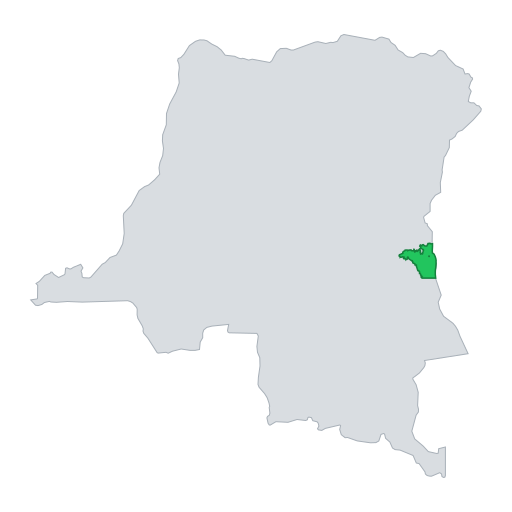 Fizi, Sud-Kivu, Democratic Republic of the Congo shown in context
{"feature_id": "63176286B21708239892428", "entity_name": "Fizi", "entity_type": "district", "adm_level": 2, "iso_a3": "COD", "parent_name": "Democratic Republic of the Congo", "parent_adm1": "Sud-Kivu", "projection": "albers", "projection_center": [28.45, -4.276], "detail": "fine", "context": "in_parent", "style": "filled", "palette": "green", "viewbox_px": 512, "rotation_deg": 0, "n_neighbors": 0, "source": "geoboundaries", "source_scale": "gbopen_adm2", "svg_char_len": 7778}
<svg xmlns="http://www.w3.org/2000/svg" viewBox="0 0 512 512"><path d="M468.1,353.7L424.5,360.5L425.3,363.0L424.9,365.6L423.8,367.6L419.4,373.0L412.8,378.0L412.8,379.1L416.1,384.7L418.2,392.3L417.6,405.6L418.5,409.2L418.4,412.0L416.1,415.2L411.8,431.2L414.7,438.9L423.3,446.2L428.3,451.6L436.8,453.5L438.2,453.2L438.7,448.7L445.4,447.0L445.4,475.5L444.9,477.1L443.7,477.5L442.0,476.6L441.5,473.9L439.7,472.7L431.5,476.2L429.4,476.1L427.1,475.5L425.4,474.0L425.0,471.9L419.1,463.6L416.3,463.0L413.1,455.5L400.1,450.1L395.1,449.6L392.5,448.0L389.9,442.1L385.6,438.3L384.6,434.1L383.7,433.5L381.0,434.4L378.8,441.0L375.9,442.6L370.5,442.8L357.2,440.9L347.6,437.5L345.1,437.7L341.3,434.7L339.7,429.5L340.6,425.6L339.8,425.0L325.3,428.4L321.8,430.4L318.5,429.9L317.5,428.8L318.9,426.1L318.2,423.2L317.1,421.8L312.8,420.7L311.4,417.6L308.8,417.1L307.9,417.6L307.3,419.8L305.7,420.5L297.0,419.5L288.0,422.3L275.9,421.7L270.2,425.1L269.3,425.0L268.1,423.3L266.9,417.9L267.5,416.4L269.3,415.3L269.9,413.1L269.2,407.5L269.7,406.2L269.0,403.0L267.2,397.8L264.6,393.6L259.1,387.3L258.0,384.4L258.4,377.3L260.0,366.1L259.8,357.7L257.5,352.3L256.9,346.5L258.3,336.0L256.9,333.4L229.2,332.8L228.0,332.1L227.5,330.6L228.7,324.4L211.9,326.1L206.8,327.4L203.7,330.0L202.7,333.2L202.7,337.7L200.2,342.1L199.5,349.5L194.9,350.4L190.2,350.4L181.2,349.0L172.5,351.2L168.2,353.2L166.0,352.3L158.1,353.1L157.1,352.6L147.9,338.2L143.8,333.4L143.0,331.1L143.3,328.8L142.2,325.8L137.9,318.4L137.1,314.9L137.2,309.4L136.7,307.6L132.8,303.0L130.3,301.5L127.6,300.7L82.3,302.1L67.4,301.5L56.5,302.3L50.9,302.0L49.4,301.4L44.4,302.5L41.8,304.5L37.9,305.6L35.5,305.2L30.7,299.9L37.1,298.9L37.5,298.3L37.7,285.3L36.0,283.5L39.4,281.3L44.8,275.4L50.1,273.3L50.8,272.1L52.0,272.1L54.0,274.5L58.6,277.5L64.4,274.7L65.0,273.9L65.6,268.3L67.0,267.8L69.5,268.9L70.9,268.9L73.4,267.3L80.7,264.3L82.9,267.9L81.0,271.1L81.9,273.4L82.2,276.9L83.4,277.7L89.2,278.0L90.9,277.1L102.2,264.2L105.2,262.6L110.0,257.5L116.4,255.1L119.1,251.0L122.7,243.8L124.2,233.5L123.3,215.7L123.8,213.3L131.4,205.2L139.2,190.5L144.6,186.6L148.6,185.0L154.8,179.6L159.7,174.2L159.0,167.8L160.0,162.4L162.7,155.6L163.5,148.4L162.4,140.9L162.7,134.7L166.3,124.8L166.5,113.5L169.7,104.0L176.2,91.9L179.2,83.0L178.5,74.2L179.3,67.7L178.9,63.9L177.6,60.6L178.2,58.5L180.8,57.6L183.9,54.3L189.4,45.6L195.5,41.3L199.7,39.9L204.1,40.0L207.0,40.8L211.8,44.1L217.1,46.7L221.2,50.0L225.2,55.2L234.7,56.3L238.8,58.2L241.3,58.8L242.2,58.3L244.2,58.6L248.6,60.1L252.2,59.2L269.8,62.5L271.8,60.8L276.7,51.8L280.3,48.6L286.3,48.3L291.0,50.0L293.5,50.0L315.1,42.1L317.9,41.7L325.8,43.5L330.8,42.3L332.9,42.6L337.3,41.3L340.9,35.8L343.9,34.5L375.0,40.3L379.7,37.4L382.0,37.1L388.9,39.1L391.0,42.5L395.1,45.3L398.1,50.0L402.7,52.6L405.1,55.2L407.8,56.9L413.4,57.5L420.6,53.3L425.6,53.7L430.7,56.0L432.5,55.9L436.3,53.4L438.3,50.8L440.3,50.2L443.3,51.4L445.7,53.9L447.9,57.5L455.6,65.6L463.1,69.0L465.0,74.0L467.7,73.6L469.1,74.0L471.0,77.2L472.3,77.8L472.6,79.1L470.7,82.1L468.9,87.7L471.2,91.2L469.3,96.3L468.3,101.5L470.7,102.8L473.9,102.8L476.7,105.5L479.0,105.9L481.3,108.9L480.8,111.2L473.3,119.8L462.2,130.2L458.5,131.5L456.6,133.4L455.2,136.4L452.0,139.0L449.5,140.1L449.3,147.6L445.5,155.5L444.1,157.1L442.1,169.9L442.4,172.1L440.3,182.6L440.7,192.3L435.3,195.3L431.6,200.1L430.1,203.5L430.1,211.4L424.0,216.3L423.6,217.4L425.1,222.9L427.3,223.8L427.4,225.7L432.3,231.7L432.0,250.3L432.2,252.1L434.8,256.5L436.5,264.9L434.6,275.5L441.2,295.1L438.2,302.2L439.7,309.1L443.6,316.3L453.0,323.3L455.5,326.3L457.8,330.2L460.0,336.3L468.1,353.7Z" fill="#d9dde1" stroke="#a8b0b8" stroke-width="1"/><path d="M432.5,243.7L431.9,243.8L430.7,243.8L430.6,243.7L430.1,243.3L429.5,243.3L429.1,243.6L428.9,243.7L428.7,243.4L428.3,243.5L428.0,243.5L427.6,244.3L427.3,245.2L427.0,245.5L426.8,245.9L426.8,246.0L426.5,246.1L426.0,246.1L425.7,246.1L425.1,245.9L424.6,245.9L424.4,245.6L424.1,245.5L424.0,245.3L423.9,245.3L423.8,245.2L423.7,245.2L423.4,245.0L423.3,244.9L423.2,244.8L423.2,244.7L422.9,244.7L422.7,244.8L422.4,244.8L422.2,244.9L422.0,245.1L421.9,245.4L421.8,245.6L421.8,245.9L421.5,245.9L421.4,245.8L421.0,245.5L420.7,245.3L420.5,245.2L420.3,245.0L420.0,245.4L420.1,245.7L419.8,246.2L420.1,246.5L420.4,246.9L420.6,247.4L420.8,248.0L421.1,248.1L421.9,248.8L422.6,249.6L422.9,249.9L423.0,249.9L423.1,249.7L423.3,249.6L423.5,249.9L423.5,250.3L423.1,251.5L422.9,252.1L422.7,253.5L422.5,253.9L422.4,254.0L421.8,253.7L421.7,253.6L421.7,253.3L421.4,253.5L421.2,253.9L420.9,254.0L420.6,254.1L420.5,253.9L420.6,253.4L420.6,253.2L420.2,252.7L420.2,252.4L420.1,252.2L420.2,251.9L420.3,251.8L420.6,251.2L420.5,250.8L420.1,250.6L419.9,249.3L420.1,249.1L420.2,248.8L420.0,248.7L419.8,248.7L419.5,248.9L419.4,249.0L419.2,249.3L419.0,249.6L418.6,250.0L418.5,250.4L418.4,250.5L418.1,250.6L417.9,250.9L417.7,251.0L417.4,251.1L417.3,251.4L417.2,251.4L416.9,251.2L416.9,250.9L416.7,250.7L416.7,250.2L416.5,250.3L416.1,250.5L415.6,250.7L415.6,251.2L415.5,251.6L414.7,252.0L414.6,251.9L414.5,251.4L414.4,251.3L414.3,250.9L414.3,250.0L414.2,249.5L414.0,249.3L413.8,249.7L413.8,250.3L413.6,250.7L412.8,250.7L412.6,250.8L411.6,250.7L411.3,250.6L411.2,250.4L411.2,250.1L410.9,250.1L410.7,250.0L410.4,249.9L410.2,249.9L410.1,250.0L409.9,249.9L409.6,250.1L409.3,250.2L409.2,250.2L408.8,250.3L408.6,250.2L408.4,250.3L408.2,250.2L408.1,250.3L408.1,250.2L406.8,250.0L405.8,250.1L405.4,250.1L405.1,250.1L404.9,250.6L404.6,250.9L404.3,251.1L403.6,251.3L403.3,251.6L403.1,251.9L402.8,252.2L402.8,252.4L402.8,252.6L402.7,253.2L402.8,253.4L402.2,253.7L401.6,253.8L400.2,254.5L399.5,254.7L399.2,255.2L399.2,255.5L399.1,255.9L399.4,256.1L399.4,256.3L399.5,256.4L399.7,256.5L399.8,256.5L399.9,256.8L400.0,256.8L400.3,256.9L400.3,257.0L400.4,256.9L400.5,256.9L400.6,257.0L400.8,257.2L401.0,257.1L401.3,257.2L401.5,257.2L401.8,257.2L402.0,257.1L402.5,256.7L403.0,256.8L402.9,256.8L403.4,257.0L404.1,257.1L404.1,257.4L404.0,257.5L403.7,257.6L403.8,257.9L403.9,258.1L403.7,258.2L403.8,258.3L403.7,258.5L403.9,258.7L404.0,258.6L404.5,258.5L404.8,258.6L405.0,258.6L405.0,258.8L405.3,258.8L405.4,259.0L405.5,259.1L405.8,259.2L406.0,259.4L406.0,259.5L406.2,259.3L406.3,259.3L406.4,259.5L406.5,259.5L406.9,259.4L407.0,259.3L407.1,259.2L407.1,259.3L407.1,259.2L407.3,259.0L407.3,258.9L407.4,258.7L407.5,258.6L407.4,258.5L407.4,258.4L407.5,258.4L407.6,258.2L407.7,257.9L407.4,257.4L407.6,257.1L407.8,257.0L408.0,257.1L408.3,257.4L408.4,258.0L408.6,258.4L409.0,258.9L410.6,260.0L411.6,260.7L411.8,260.9L412.1,260.7L412.3,260.7L412.6,261.4L412.7,261.7L412.7,261.8L412.8,261.9L412.7,262.1L412.7,262.3L412.8,262.7L412.8,262.8L413.1,263.1L413.8,263.4L414.7,263.6L414.9,263.9L414.9,264.3L415.0,265.0L415.4,265.1L416.4,265.1L416.4,266.6L416.7,267.0L416.8,267.4L417.1,268.3L417.5,269.6L417.7,270.2L417.8,270.5L418.2,270.7L418.3,270.7L418.3,270.8L418.6,270.8L418.8,270.9L419.0,271.0L419.0,271.3L419.2,271.5L419.3,271.5L419.5,271.7L419.4,272.0L419.5,272.1L419.5,272.4L419.6,272.5L419.6,273.0L419.8,273.2L419.7,273.4L419.8,273.4L420.2,273.6L420.3,273.8L420.2,273.8L420.2,274.0L420.3,274.1L420.5,274.2L420.5,274.3L420.7,274.6L420.8,274.7L420.8,274.8L420.8,275.0L420.9,275.3L421.0,275.5L421.3,275.7L421.4,275.8L421.5,275.9L421.4,275.9L421.5,276.0L421.3,276.0L421.2,276.1L421.2,276.3L421.3,276.5L421.1,276.5L421.1,277.0L421.3,277.0L421.5,277.1L421.5,277.3L421.6,277.5L421.8,277.8L421.9,277.7L422.1,277.7L422.2,277.9L422.3,278.1L435.7,278.1L435.3,274.5L435.3,273.1L435.3,271.8L435.4,269.7L435.7,268.0L436.1,263.2L436.0,261.9L436.1,260.5L435.9,259.0L435.3,256.9L434.7,255.5L434.1,254.2L433.4,253.6L432.4,253.0L432.3,251.7L432.3,250.2L432.4,248.2L432.5,246.3L432.5,243.8L432.5,243.7ZM428.9,256.2L429.1,256.2L429.3,256.2L429.3,256.3L429.1,256.5L428.9,256.4L428.9,256.2Z" fill="#22c55e" stroke="#15803d" stroke-width="1.5"/></svg>